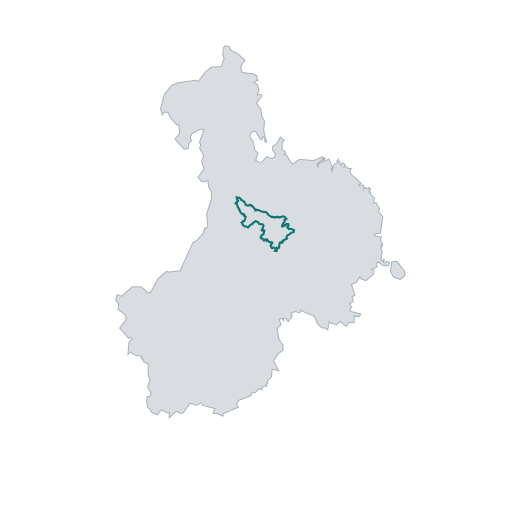 Shaanxi highlighted on a map of China, rotated 292°
{"feature_id": "CHN-1804", "entity_name": "Shaanxi", "entity_type": "Province", "adm_level": 1, "iso_a3": "CHN", "parent_name": "China", "parent_adm1": "", "projection": "equal_earth", "projection_center": [108.8, 35.643], "detail": "fine", "context": "in_parent", "style": "outline", "palette": "teal", "viewbox_px": 512, "rotation_deg": 292, "n_neighbors": 0, "source": "natural_earth", "source_scale": "10m", "svg_char_len": 9424}
<svg xmlns="http://www.w3.org/2000/svg" viewBox="0 0 512 512"><g transform="rotate(292 256 256)"><path d="M283.4,371.7L274.6,367.5L273.9,362.8L275.4,360.3L269.2,359.0L265.4,355.2L256.4,362.4L254.3,360.3L250.0,363.3L246.6,360.5L244.3,363.9L241.5,362.9L240.2,365.0L241.4,374.9L238.2,374.5L237.2,369.5L230.9,372.0L229.4,367.0L224.5,365.9L226.9,358.7L222.6,356.6L221.6,350.2L222.7,348.3L214.2,350.2L215.2,347.3L214.1,343.8L216.2,338.3L221.9,332.8L222.3,317.8L220.0,318.0L218.9,312.8L216.1,309.7L213.8,312.1L207.1,310.5L209.2,307.4L208.3,304.9L206.3,306.0L207.9,303.2L205.9,301.4L201.5,305.0L196.6,302.6L187.4,308.6L183.2,314.5L178.6,316.4L174.2,313.4L165.3,311.5L158.2,320.0L156.8,313.3L150.1,315.7L143.7,313.2L142.2,314.7L140.6,313.1L139.5,314.8L137.7,311.6L134.1,311.3L134.5,308.9L128.6,306.1L128.0,303.4L124.6,303.7L115.5,293.8L111.4,293.7L109.2,296.3L97.4,284.6L95.1,285.4L95.6,279.8L93.9,275.0L99.2,275.2L97.5,262.3L99.3,259.9L95.3,256.9L94.7,250.0L83.3,247.2L81.9,245.2L82.1,240.2L73.5,236.2L78.5,234.1L77.3,232.4L78.0,225.8L71.8,224.1L71.9,217.3L73.7,216.2L74.9,212.4L80.6,208.9L85.2,207.8L85.6,210.3L89.6,210.0L94.0,204.6L101.5,204.1L105.9,200.3L115.5,196.4L115.8,191.5L118.3,189.9L117.6,188.5L120.1,187.6L118.7,180.3L120.1,175.5L116.7,174.2L128.1,170.6L132.8,172.3L133.6,170.0L132.1,168.7L138.1,156.6L148.0,159.3L152.3,157.5L154.8,148.2L160.0,146.6L162.6,142.4L168.0,141.9L168.4,146.4L181.1,152.9L184.4,161.3L181.4,169.2L182.5,171.8L198.0,173.7L208.5,178.9L208.2,180.7L213.9,191.1L244.7,192.5L248.6,195.5L258.0,198.7L262.8,197.7L262.7,199.5L265.7,200.0L276.6,194.5L292.2,193.3L298.6,190.7L302.2,186.2L307.7,183.3L304.5,178.2L307.3,172.8L317.4,175.2L323.1,170.3L329.7,169.8L334.7,163.4L339.2,162.9L339.7,161.1L353.9,160.5L352.8,156.9L345.3,150.6L341.1,150.6L338.8,153.1L335.3,151.5L330.3,152.9L328.0,149.5L334.1,137.0L341.1,139.3L348.8,135.3L348.1,132.8L352.6,124.2L356.1,120.7L355.3,117.4L351.8,116.3L356.8,112.3L371.2,110.5L382.9,114.0L387.4,118.8L396.3,134.2L396.4,137.2L408.0,140.2L414.6,144.1L418.4,152.8L426.9,152.6L430.4,149.7L436.8,147.7L439.1,148.6L440.2,152.6L437.3,155.7L436.6,163.7L433.4,172.3L425.7,170.8L421.0,174.5L424.0,185.9L423.3,189.6L419.6,191.0L420.4,192.5L416.2,188.9L415.4,193.2L411.1,196.5L405.8,196.9L407.6,199.9L406.9,201.6L397.9,199.0L394.0,205.5L387.6,209.1L384.1,213.4L375.5,216.0L365.6,223.1L365.1,221.6L368.6,220.0L369.3,217.8L365.9,217.8L365.8,216.5L371.5,208.8L368.6,205.0L364.6,205.5L360.7,210.9L354.2,214.8L351.8,219.4L344.5,219.8L343.9,225.6L352.0,228.7L352.4,234.6L354.5,236.2L357.5,236.1L360.4,231.7L363.4,230.5L369.1,233.5L375.6,234.0L373.8,238.7L371.2,237.7L364.3,240.4L363.4,244.6L360.5,244.0L361.3,245.8L354.6,255.3L361.8,260.1L366.2,273.8L372.8,280.3L372.4,282.0L364.2,278.5L361.2,280.0L365.5,279.6L373.1,287.5L367.3,293.3L364.4,293.3L362.8,294.6L369.7,294.0L375.2,297.8L371.6,301.1L374.6,301.1L374.4,304.2L371.3,304.2L372.9,305.7L371.7,308.5L372.7,311.5L369.7,311.2L367.2,314.0L363.0,326.0L359.9,324.7L362.0,328.7L359.3,331.2L357.1,330.6L360.3,331.6L360.5,337.0L357.6,336.5L358.3,338.4L356.3,338.6L354.3,343.9L349.0,345.2L350.4,347.2L346.0,353.1L342.9,352.5L340.1,358.8L323.8,362.7L320.4,357.4L319.2,359.1L320.7,365.3L317.6,365.4L314.3,369.3L312.8,367.5L312.4,369.6L310.0,368.6L307.7,371.2L299.7,373.2L298.0,376.8L300.4,380.6L299.3,382.6L296.2,382.0L294.7,377.0L296.5,372.0L294.1,370.1L291.3,372.4L286.8,368.1L286.9,370.6L283.4,371.7ZM301.4,384.1L303.9,388.4L297.5,399.4L293.8,401.5L288.3,398.6L288.0,391.6L292.0,386.4L301.4,384.1ZM373.1,283.8L370.9,283.3L368.8,281.1L370.5,281.5L373.1,283.8ZM376.4,296.1L374.8,296.5L374.4,295.4L376.4,296.1ZM361.9,335.3L361.0,336.7L361.1,334.8L361.9,335.3ZM298.9,376.3L300.5,375.5L300.4,376.6L298.9,376.3Z" fill="#d9dde1" stroke="#a8b0b8" stroke-width="1"/><path d="M292.4,282.0L292.0,281.8L291.8,281.6L291.4,280.8L291.0,280.2L290.6,279.9L288.9,279.0L288.5,278.7L288.0,278.5L287.5,278.0L287.1,277.7L286.9,277.4L286.8,277.2L286.1,277.2L285.7,277.3L285.4,277.2L285.0,277.4L284.8,277.4L284.2,277.5L283.9,277.7L283.8,278.2L283.7,278.2L282.8,277.5L282.4,276.8L281.9,276.5L281.6,276.1L281.4,276.0L280.9,276.1L280.3,275.9L280.3,275.7L280.2,274.9L279.8,274.9L279.1,275.6L278.9,275.6L278.7,275.6L277.8,275.0L278.0,274.3L278.0,273.8L277.9,273.6L277.7,273.3L276.4,273.3L275.6,273.1L275.0,273.6L274.3,273.7L273.8,273.9L273.4,273.9L272.8,274.3L272.4,274.4L271.7,273.9L271.4,273.4L271.3,272.9L271.6,272.3L271.6,272.0L271.2,272.0L270.2,272.2L270.0,272.4L269.7,273.0L269.2,272.9L268.5,273.4L268.3,273.4L268.2,273.2L268.1,272.6L267.8,271.7L268.9,271.9L269.3,271.7L269.7,271.3L270.2,271.2L270.3,271.0L270.4,270.6L270.4,269.6L270.5,269.0L270.4,268.9L270.0,268.8L269.4,268.4L269.3,268.1L269.2,267.7L269.3,267.5L269.7,267.5L269.8,267.4L270.0,266.7L270.8,266.2L271.0,266.0L271.0,265.7L271.6,265.7L271.8,266.0L272.1,266.1L272.9,265.7L273.3,265.8L273.6,265.7L273.8,265.8L274.0,266.1L274.2,266.3L274.5,266.1L274.6,265.8L274.6,265.6L274.6,265.4L274.1,264.9L274.0,264.0L274.2,263.6L273.9,263.4L273.8,263.1L274.3,262.1L274.4,261.4L274.7,261.4L274.8,261.3L274.6,260.4L274.3,260.2L274.6,260.1L275.3,260.3L275.4,260.2L275.5,260.0L275.4,259.2L275.1,258.9L275.0,258.6L274.9,258.4L274.5,258.3L274.2,258.0L273.5,258.0L273.2,257.7L273.3,257.3L273.5,257.1L273.8,256.5L274.2,256.3L274.4,255.8L274.6,255.5L274.7,255.2L274.3,254.6L274.4,254.1L274.3,253.9L274.9,253.3L275.2,253.4L276.1,253.2L277.0,253.3L277.2,253.5L277.9,253.7L278.1,254.2L278.5,254.5L278.9,254.9L279.2,254.7L279.3,254.6L279.5,254.5L279.8,254.6L280.2,254.5L280.7,254.6L281.1,254.3L282.1,254.4L282.8,254.2L282.8,253.8L282.3,253.3L281.8,252.2L282.2,251.9L282.2,251.7L282.2,251.4L282.5,251.4L283.0,251.7L283.5,251.8L283.7,252.1L284.8,251.6L285.2,251.6L285.6,251.8L286.1,251.7L286.7,251.7L287.0,251.7L287.8,250.8L287.7,249.4L287.3,248.9L287.1,248.3L287.2,247.3L287.0,246.7L287.5,246.3L287.7,246.0L288.0,245.8L288.1,245.6L288.3,244.5L288.2,244.2L288.0,243.8L287.9,243.6L288.3,243.0L288.3,242.7L287.8,242.1L287.2,241.8L286.6,241.8L286.4,241.6L286.1,241.1L285.5,240.9L285.3,240.7L285.2,240.7L284.9,240.9L284.2,240.7L284.1,240.2L283.6,240.0L283.2,239.4L282.3,239.0L282.0,238.8L281.5,238.8L281.1,238.7L280.9,238.6L281.0,238.4L280.8,238.2L280.4,238.3L279.4,238.0L279.5,237.4L279.4,237.0L279.7,236.0L279.5,235.2L279.2,234.8L279.4,233.8L279.7,233.0L279.6,232.6L280.6,231.6L280.7,231.2L280.8,231.1L281.5,231.0L281.7,230.9L281.8,230.6L281.8,230.3L282.1,230.5L283.2,230.7L283.5,230.9L283.9,231.5L284.0,231.7L283.9,232.0L284.2,232.1L285.4,232.0L286.0,232.1L287.0,231.8L288.0,231.9L288.6,231.8L288.7,231.6L288.8,230.9L288.8,229.9L288.9,229.6L289.1,229.2L289.4,229.2L289.7,229.8L289.8,229.8L290.2,229.2L290.4,228.5L290.4,228.3L290.0,227.7L289.9,227.3L290.0,226.8L290.1,226.3L290.3,226.0L290.4,225.6L291.1,225.0L291.2,224.6L291.3,224.5L292.1,224.0L292.1,223.6L292.5,223.4L292.7,222.9L293.0,222.6L293.3,222.6L293.6,222.6L293.7,222.1L294.1,221.7L294.3,220.8L295.2,220.5L295.4,220.1L296.1,219.4L297.4,218.6L297.4,218.3L297.0,217.6L297.0,217.4L297.7,217.4L298.0,218.0L298.5,218.3L298.9,218.0L299.5,217.9L299.7,218.1L300.1,218.7L300.3,218.9L300.6,218.8L300.8,218.2L301.5,217.1L301.9,216.8L302.4,216.6L302.6,216.3L302.9,216.4L303.3,216.2L303.3,216.3L303.2,216.6L302.8,217.5L303.2,217.8L303.4,218.0L303.5,217.9L303.7,218.2L303.9,218.4L303.9,218.5L303.5,219.5L303.3,220.4L303.1,220.6L302.5,220.9L302.4,221.1L302.6,221.7L302.4,222.4L301.8,224.0L302.0,224.3L301.9,224.7L301.8,225.0L301.7,225.3L301.2,225.6L301.0,226.0L300.8,226.2L300.5,226.5L300.0,226.7L299.9,227.2L299.6,227.4L299.5,227.7L299.6,227.9L299.5,228.3L299.6,229.5L300.0,229.7L300.5,230.6L301.0,231.0L301.0,231.3L300.8,231.4L301.3,231.7L301.4,231.9L301.2,232.1L301.3,232.7L301.2,232.9L301.0,233.5L300.8,233.7L300.5,233.7L300.4,233.9L300.4,234.2L300.7,234.4L300.6,235.0L300.4,235.3L299.8,236.0L299.6,236.5L299.4,236.7L299.3,236.9L299.1,237.0L298.8,237.2L298.8,237.4L299.1,237.6L298.9,238.1L299.0,238.6L299.1,238.9L298.9,239.1L299.1,239.4L299.1,239.5L299.1,239.9L298.9,239.8L299.5,240.7L299.6,241.3L299.3,242.7L299.4,243.4L299.3,244.1L299.3,244.5L299.6,245.8L299.7,246.6L299.9,246.6L300.0,246.9L300.1,248.0L300.4,248.7L300.4,249.0L300.3,249.4L300.0,249.7L300.1,249.9L300.0,250.3L299.6,250.6L299.2,251.5L298.9,251.9L298.6,252.3L298.5,253.2L298.2,254.5L298.3,255.0L298.0,255.7L298.1,256.8L298.2,257.1L298.4,257.2L298.7,257.2L298.7,258.1L298.6,258.4L298.7,258.7L298.9,259.0L299.4,259.2L299.6,259.4L299.6,259.7L299.3,259.9L299.3,260.2L299.6,260.6L300.5,261.1L300.3,262.0L300.5,262.1L300.7,262.7L300.4,263.3L300.5,263.6L301.0,263.8L301.3,264.1L301.6,264.5L301.6,264.8L301.7,265.0L302.2,265.4L302.8,265.8L303.0,266.7L302.9,267.2L303.1,267.7L302.8,268.6L302.6,268.8L302.4,269.1L301.8,269.2L301.7,269.5L301.3,269.8L301.4,270.1L301.2,270.0L300.8,269.7L300.5,269.6L300.2,268.9L299.8,268.9L299.4,269.4L298.1,269.6L297.8,269.5L297.3,269.1L296.3,269.1L295.8,268.8L295.0,268.9L294.4,268.7L294.1,268.9L293.6,268.8L293.2,269.3L293.1,269.5L293.5,269.7L293.9,270.0L294.4,269.9L295.0,270.2L295.2,270.4L295.2,270.6L295.1,271.2L294.9,271.5L295.2,271.7L295.6,271.8L295.8,271.6L296.0,271.6L296.2,271.8L296.6,271.8L297.2,272.3L297.5,273.0L297.6,273.7L297.7,274.0L297.1,274.2L297.0,274.3L297.0,274.5L296.7,274.7L296.3,274.5L295.8,274.4L295.4,274.6L295.1,274.3L294.7,274.4L294.4,274.3L294.2,274.7L293.9,274.8L293.8,276.0L293.4,276.3L293.3,276.5L293.7,277.4L294.1,277.7L294.3,278.4L294.5,278.8L294.1,280.0L294.2,281.0L293.9,281.5L294.0,281.7L292.4,282.0Z" fill="none" stroke="#0f766e" stroke-width="2"/></g></svg>